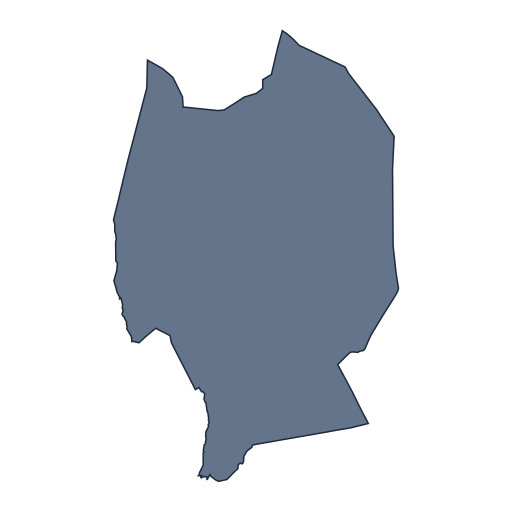 Santa María del Rosario, Oaxaca, Mexico
{"feature_id": "50627088B57696303957439", "entity_name": "Santa María del Rosario", "entity_type": "district", "adm_level": 2, "iso_a3": "MEX", "parent_name": "Mexico", "parent_adm1": "Oaxaca", "projection": "equal_earth", "projection_center": [-97.61, 17.342], "detail": "fine", "context": "isolated", "style": "filled", "palette": "slate", "viewbox_px": 512, "rotation_deg": 0, "n_neighbors": 0, "source": "geoboundaries", "source_scale": "gbopen_adm2", "svg_char_len": 2020}
<svg xmlns="http://www.w3.org/2000/svg" viewBox="0 0 512 512"><path d="M398.5,288.3L396.1,273.3L393.1,245.8L392.6,177.2L392.5,169.9L392.8,163.2L393.6,147.6L394.1,136.2L379.2,113.7L376.3,109.2L373.9,106.2L348.6,73.5L345.1,67.0L299.2,45.4L292.9,38.9L289.6,36.0L287.1,33.9L282.3,30.7L277.8,47.1L271.4,74.5L262.7,79.7L262.7,88.5L256.3,93.4L244.3,97.0L238.3,101.0L231.4,105.4L226.8,108.3L224.2,109.9L218.2,110.6L183.1,107.0L182.5,96.8L173.1,77.8L170.7,75.4L162.5,68.6L147.5,60.1L147.4,61.9L146.8,87.9L128.7,157.2L127.9,160.3L123.6,178.0L118.5,199.4L115.5,211.6L113.5,219.9L114.8,224.4L114.7,231.4L115.8,234.6L116.3,239.1L115.7,241.3L115.6,243.6L115.8,260.8L117.4,263.1L116.8,270.4L113.9,280.8L117.3,292.8L119.5,297.0L119.6,298.8L120.8,297.9L122.7,304.6L122.2,308.1L122.9,309.2L122.9,311.8L122.0,313.8L122.2,314.8L124.1,317.2L125.0,319.1L126.5,321.9L126.5,324.8L127.1,325.9L126.8,328.8L131.4,336.6L131.9,341.7L132.7,341.3L139.0,342.8L145.6,336.7L155.6,328.3L170.0,335.6L171.4,342.8L195.4,389.6L199.0,387.6L201.6,391.8L203.3,391.8L204.7,394.1L204.0,399.0L204.9,401.7L206.0,403.3L207.2,411.7L207.9,412.7L208.7,419.5L208.3,420.2L209.3,422.2L208.2,424.7L208.4,426.9L205.9,431.7L205.6,436.8L206.2,437.5L205.2,444.3L204.3,444.7L203.3,450.6L203.9,452.6L203.2,453.0L203.2,465.2L199.5,472.6L199.2,474.7L198.4,475.7L201.6,475.6L200.7,477.0L201.3,477.9L204.2,476.5L207.0,477.1L206.9,479.3L207.7,478.9L208.5,476.9L210.0,474.6L210.8,476.3L216.3,480.4L218.9,481.3L226.9,479.5L235.4,470.9L237.9,468.7L238.1,465.1L239.1,463.9L240.9,463.2L241.9,463.9L242.9,463.1L243.6,461.3L243.8,456.6L246.8,451.2L248.6,449.8L251.9,447.3L252.1,445.7L253.4,444.9L255.7,444.4L277.9,440.5L317.0,433.7L327.4,431.9L335.6,430.4L350.3,427.9L368.3,423.5L367.1,421.1L361.2,409.9L357.5,402.5L352.7,392.6L343.4,375.2L337.7,364.6L344.2,358.0L345.5,356.8L348.6,353.8L350.2,352.3L352.9,351.9L357.9,352.4L359.6,351.2L363.5,350.5L365.2,348.4L365.6,347.2L370.7,335.6L382.6,315.8L393.5,298.6L397.7,291.4L398.5,288.3Z" fill="#64748b" stroke="#1e293b" stroke-width="1.5"/></svg>